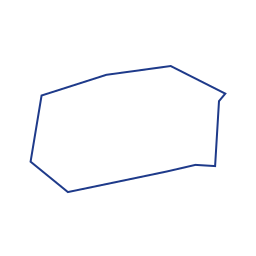 Jung-gu [Central District], Daegu, South Korea (Mercator projection), rotated 167°
{"feature_id": "91817680B11201690622195", "entity_name": "Jung-gu [Central District]", "entity_type": "district", "adm_level": 2, "iso_a3": "KOR", "parent_name": "South Korea", "parent_adm1": "Daegu", "projection": "mercator", "projection_center": [128.593, 35.86], "detail": "fine", "context": "isolated", "style": "outline", "palette": "blue", "viewbox_px": 256, "rotation_deg": 167, "n_neighbors": 0, "source": "geoboundaries", "source_scale": "gbopen_adm2", "svg_char_len": 288}
<svg xmlns="http://www.w3.org/2000/svg" viewBox="0 0 256 256"><g transform="rotate(167 128 128)"><path d="M201.0,79.1L100.0,76.9L70.6,76.9L51.7,71.3L33.3,133.7L25.5,139.6L72.5,178.8L137.2,184.7L204.9,179.1L230.5,117.1L201.0,79.1Z" fill="none" stroke="#1e3a8a" stroke-width="2"/></g></svg>